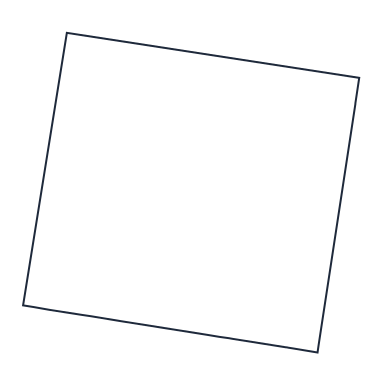 the district of Morton, Kansas, United States of America, rotated 279°
{"feature_id": "52423323B48743122648364", "entity_name": "Morton", "entity_type": "district", "adm_level": 2, "iso_a3": "USA", "parent_name": "United States of America", "parent_adm1": "Kansas", "projection": "equal_earth", "projection_center": [-101.947, 37.191], "detail": "fine", "context": "isolated", "style": "outline", "palette": "slate", "viewbox_px": 384, "rotation_deg": 279, "n_neighbors": 0, "source": "geoboundaries", "source_scale": "gbopen_adm2", "svg_char_len": 431}
<svg xmlns="http://www.w3.org/2000/svg" viewBox="0 0 384 384"><g transform="rotate(279 192 192)"><path d="M329.6,43.5L53.6,42.9L53.6,53.6L53.3,70.3L53.4,102.8L53.5,111.8L53.3,141.5L53.3,229.1L53.2,241.7L53.4,251.5L53.3,255.6L53.3,309.4L53.4,309.9L53.3,311.6L53.3,312.6L53.3,317.2L53.1,341.1L61.1,341.0L76.9,340.9L132.9,340.6L304.5,339.6L305.2,339.5L330.9,339.3L329.6,43.5Z" fill="none" stroke="#1e293b" stroke-width="2"/></g></svg>